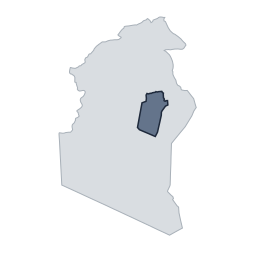 Barh El Gazel highlighted on a map of Chad, rotated 177°
{"feature_id": "TCD-5581", "entity_name": "Barh El Gazel", "entity_type": "Prefecture", "adm_level": 1, "iso_a3": "TCD", "parent_name": "Chad", "parent_adm1": "", "projection": "mercator", "projection_center": [16.439, 14.695], "detail": "fine", "context": "in_parent", "style": "filled", "palette": "slate", "viewbox_px": 256, "rotation_deg": 177, "n_neighbors": 0, "source": "natural_earth", "source_scale": "10m", "svg_char_len": 4513}
<svg xmlns="http://www.w3.org/2000/svg" viewBox="0 0 256 256"><g transform="rotate(177 128 128)"><path d="M197.1,74.5L197.1,80.7L197.1,86.9L197.1,93.1L197.1,99.3L197.1,105.4L197.1,111.5L197.1,117.6L197.2,123.7L197.2,125.8L197.0,126.6L196.9,126.7L196.7,126.8L193.5,126.2L192.2,126.2L190.3,126.7L187.4,126.9L185.6,126.8L184.4,127.9L183.4,129.1L183.8,132.1L183.7,133.1L183.4,134.2L182.5,135.1L181.6,135.8L181.1,136.4L180.5,137.8L180.0,138.4L180.1,139.2L179.9,140.1L179.4,140.6L178.1,141.0L177.3,141.4L176.6,142.0L176.1,142.5L176.4,143.1L176.7,144.0L176.9,145.3L177.0,146.1L177.7,146.7L178.0,147.2L178.2,147.7L177.8,148.2L176.2,149.2L175.6,149.5L174.8,150.0L174.6,150.2L173.4,151.1L172.8,152.0L172.5,152.6L172.5,153.6L173.1,155.0L173.8,156.2L174.0,157.1L174.2,158.1L174.1,159.0L173.8,159.8L173.2,160.5L171.0,161.9L169.9,163.4L169.0,165.3L168.8,166.3L169.1,166.9L169.5,167.5L170.2,167.8L171.1,167.9L172.7,167.6L174.2,167.4L175.7,168.0L176.6,169.5L176.2,170.7L176.8,172.7L177.4,175.2L177.3,176.0L177.5,176.3L178.5,176.4L178.7,177.0L178.4,181.3L178.9,182.5L179.5,183.4L180.3,183.8L181.0,184.4L181.4,184.8L182.3,184.9L183.2,185.7L183.5,186.7L183.4,187.7L182.9,189.9L182.4,191.4L181.8,191.3L180.7,190.9L179.3,190.6L177.6,190.3L176.0,190.9L174.2,191.7L173.7,192.3L173.2,192.6L172.4,192.6L171.7,192.7L171.3,193.2L170.7,193.8L168.1,195.1L167.6,195.5L167.3,196.0L167.3,196.5L167.5,197.5L167.5,198.7L166.9,199.8L166.3,200.5L165.5,200.7L164.9,200.9L164.5,201.3L163.2,203.6L162.6,204.0L161.5,204.0L158.1,207.5L157.8,208.5L156.6,209.9L155.0,211.5L153.6,212.3L153.5,212.6L153.1,212.9L152.3,213.3L149.3,215.3L145.8,215.2L144.2,215.9L142.7,216.3L140.5,216.7L139.8,216.6L137.0,216.8L133.6,216.7L132.4,217.0L131.2,217.8L130.3,218.4L130.1,218.6L130.3,218.9L130.2,219.1L132.6,220.7L133.2,221.5L132.6,222.3L132.3,222.4L131.9,223.0L130.5,224.8L128.4,227.0L127.3,227.6L126.9,228.0L126.4,229.4L126.0,229.6L124.6,229.8L121.7,229.9L117.8,230.4L115.5,230.6L114.0,230.4L111.9,231.4L111.2,231.7L110.8,231.7L108.7,232.7L107.0,234.2L106.4,234.4L104.0,235.1L103.1,236.1L102.6,236.2L101.1,234.8L100.1,233.6L99.6,232.4L99.5,232.0L99.2,232.1L98.4,232.6L97.7,233.2L97.3,234.4L94.9,235.2L92.7,235.9L91.8,236.7L90.3,237.2L88.4,237.0L87.0,236.6L85.5,236.5L86.2,235.5L86.5,234.7L86.5,233.7L86.4,233.0L85.6,232.7L85.0,232.2L83.8,229.1L82.5,225.9L80.7,222.8L78.8,220.8L77.4,219.6L76.9,219.5L76.2,219.1L75.7,218.7L73.1,216.6L70.5,214.2L69.8,213.2L68.4,211.5L66.9,209.9L66.2,209.1L65.8,207.7L66.8,206.5L67.9,204.9L69.3,203.9L71.0,203.8L73.9,204.3L77.1,204.4L80.2,204.1L81.0,203.9L81.8,203.9L83.4,204.2L86.3,204.2L87.8,203.5L86.2,202.5L84.5,200.7L82.8,198.9L81.9,197.2L81.0,195.0L80.1,192.3L79.6,188.8L79.7,186.8L79.9,185.4L80.8,183.0L80.2,181.7L80.4,180.6L80.3,179.0L80.0,178.1L78.9,175.4L78.7,175.1L77.7,173.3L77.2,170.1L76.1,168.1L74.3,167.1L73.2,165.9L72.9,163.7L72.2,163.1L69.3,162.4L66.9,162.4L65.2,160.0L63.0,156.8L60.9,153.9L59.6,148.1L58.8,144.8L59.7,143.8L61.4,141.4L63.6,136.8L68.4,129.8L70.9,126.2L75.9,120.8L82.0,114.1L85.4,110.3L86.0,103.4L86.6,96.2L87.0,90.6L87.6,84.1L88.1,78.6L88.4,74.6L88.9,68.9L89.3,67.8L91.7,63.3L91.9,62.7L91.4,61.9L88.0,58.1L86.9,57.3L86.3,55.3L87.2,54.2L83.1,47.7L82.1,46.9L81.6,46.1L81.6,45.0L81.5,40.5L80.4,33.5L78.9,25.2L83.8,22.9L87.5,21.1L92.1,18.8L96.5,21.2L102.8,24.5L109.1,27.9L115.4,31.3L121.6,34.6L127.9,38.0L134.2,41.3L140.5,44.7L146.8,48.0L153.1,51.4L159.4,54.7L165.7,58.0L172.0,61.3L178.2,64.6L184.5,67.9L190.8,71.2L197.1,74.5Z" fill="#d9dde1" stroke="#a8b0b8" stroke-width="1"/><path d="M90.8,160.9L91.0,160.4L91.0,160.1L91.0,156.4L91.0,156.2L90.9,156.1L90.6,155.8L90.5,155.7L90.4,155.4L90.4,155.2L90.2,154.8L90.2,154.7L90.3,154.6L90.5,154.2L90.6,153.9L90.5,153.6L90.5,153.4L90.4,153.2L90.0,153.0L89.7,152.9L89.4,152.8L89.2,152.8L88.8,153.2L88.7,153.2L88.6,153.3L87.1,153.3L87.0,148.9L89.4,147.9L93.0,143.5L93.8,142.1L94.1,138.9L95.8,132.8L98.8,122.2L101.2,118.1L116.5,125.6L116.8,125.8L117.4,126.7L118.5,128.0L112.7,152.4L108.8,153.6L108.6,153.7L108.5,153.9L108.5,154.0L108.1,156.6L108.2,159.8L108.1,160.1L108.0,160.3L107.2,161.5L106.3,161.1L105.6,161.0L105.4,161.0L105.2,161.2L105.0,161.3L104.3,161.4L104.1,161.4L103.9,161.5L103.5,161.5L103.4,161.4L103.2,161.3L102.9,161.4L102.6,161.5L102.4,161.6L102.2,161.7L102.1,161.8L101.9,161.9L98.8,162.3L98.7,162.4L98.6,162.5L98.4,162.6L98.2,162.8L98.1,162.7L97.9,162.7L97.7,162.6L97.2,162.5L96.6,162.4L96.4,162.5L96.2,162.5L95.9,162.7L95.7,162.7L92.3,162.8L92.2,162.7L92.0,161.9L91.9,161.8L90.8,160.9Z" fill="#64748b" stroke="#1e293b" stroke-width="1.5"/></g></svg>